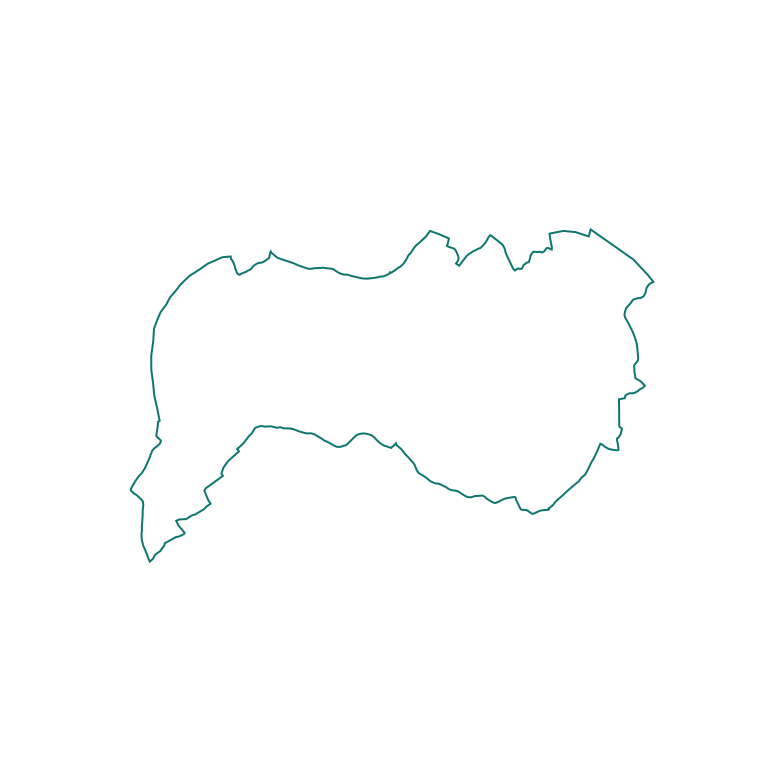 outline of Concordia, Magdalena, Colombia, rotated 335°
{"feature_id": "7082276B98698939167596", "entity_name": "Concordia", "entity_type": "district", "adm_level": 2, "iso_a3": "COL", "parent_name": "Colombia", "parent_adm1": "Magdalena", "projection": "natural_earth1", "projection_center": [-74.777, 10.231], "detail": "fine", "context": "isolated", "style": "outline", "palette": "teal", "viewbox_px": 768, "rotation_deg": 335, "n_neighbors": 0, "source": "geoboundaries", "source_scale": "gbopen_adm2", "svg_char_len": 6119}
<svg xmlns="http://www.w3.org/2000/svg" viewBox="0 0 768 768"><g transform="rotate(335 384 384)"><path d="M96.8,446.0L100.9,444.7L104.6,441.9L110.5,440.9L116.8,437.4L118.0,435.7L130.7,434.8L133.6,435.6L139.5,435.5L140.4,434.5L137.9,425.5L137.9,420.2L141.0,420.2L147.6,422.8L154.2,421.9L157.5,422.4L167.5,421.5L171.9,419.9L176.2,419.2L175.6,414.5L176.1,404.7L178.4,403.2L199.2,399.2L198.8,396.4L203.3,391.8L210.1,388.0L224.0,383.8L223.4,380.9L230.9,378.6L240.4,373.8L243.3,373.0L245.7,371.2L247.5,370.0L248.8,369.3L251.4,369.5L254.0,369.9L255.8,370.7L257.7,372.2L258.7,372.5L259.8,373.0L262.0,373.8L264.0,374.8L266.8,377.1L268.7,378.6L271.5,379.2L272.5,379.8L273.3,381.1L274.7,381.9L275.7,382.5L278.3,383.6L279.7,384.6L281.4,385.4L284.0,387.9L287.2,391.2L291.4,394.8L293.6,396.5L295.7,397.2L297.6,398.3L299.8,400.3L302.7,404.7L304.3,406.9L305.8,409.7L309.2,413.7L312.7,418.7L314.6,420.9L315.9,421.6L317.4,422.4L319.3,422.7L320.9,422.8L322.7,423.3L323.7,423.4L324.5,423.3L329.3,421.5L336.2,419.1L338.1,418.7L340.8,419.0L342.8,419.5L344.8,420.3L347.2,421.8L349.3,423.5L351.2,425.5L352.7,428.5L353.9,432.3L355.8,436.4L357.5,439.3L359.6,441.3L363.6,445.0L364.6,444.5L368.3,443.4L369.8,442.8L369.5,444.2L370.4,446.4L372.1,450.3L373.6,456.5L375.0,460.5L376.2,464.9L377.3,468.1L377.6,470.4L377.3,475.6L377.4,477.3L377.8,479.2L379.3,481.6L380.4,483.0L382.8,487.0L384.4,490.5L385.3,492.1L386.4,493.5L387.6,494.8L388.5,495.7L389.5,496.4L390.9,497.0L392.0,498.1L393.8,500.1L394.9,501.7L396.1,502.9L397.2,504.8L398.3,506.5L398.9,507.2L399.7,508.2L400.6,508.8L405.5,512.3L408.7,517.4L410.4,520.0L412.0,521.8L413.4,522.6L415.2,523.6L417.6,523.8L419.1,524.0L421.9,525.1L425.5,526.5L426.6,527.2L427.8,529.2L428.9,531.8L432.0,536.5L434.0,538.6L435.0,539.0L437.5,539.1L444.0,538.9L447.2,539.4L454.3,541.4L455.3,542.4L454.8,544.4L454.9,554.8L455.3,555.7L456.2,556.5L459.9,558.5L461.2,560.4L462.7,563.2L463.7,564.5L465.3,564.8L467.2,564.7L472.1,564.8L474.3,565.5L475.9,565.8L478.1,566.8L479.9,567.5L480.5,567.3L480.6,566.3L485.5,565.4L489.1,563.4L493.3,562.0L499.4,560.3L504.3,558.6L514.6,555.7L519.3,554.6L523.1,552.5L528.0,551.1L533.1,547.4L538.7,542.7L542.7,540.1L548.8,535.0L554.8,529.6L556.2,531.2L558.0,534.7L560.0,537.5L561.8,539.1L565.2,541.4L567.7,542.8L568.4,542.9L569.2,541.6L571.0,535.7L571.3,533.5L571.9,532.2L572.7,531.7L573.8,531.7L577.1,529.6L578.7,527.7L580.8,525.0L580.4,524.1L579.4,522.4L579.6,521.3L582.3,515.2L584.7,510.1L590.0,498.2L590.5,497.2L592.6,497.7L595.8,498.5L595.8,498.4L596.6,498.4L597.7,496.6L598.9,496.2L600.7,496.1L602.0,496.1L603.2,496.4L604.9,497.3L606.7,497.8L607.6,498.0L609.2,497.8L611.4,497.7L613.0,497.0L614.9,497.0L617.0,496.8L619.0,496.1L619.7,495.7L617.6,489.8L614.3,484.9L615.3,481.9L616.0,479.1L618.4,473.3L619.1,472.5L620.0,472.0L621.9,471.2L623.4,470.4L624.3,469.7L624.8,468.9L625.5,467.6L628.6,458.9L629.1,457.3L629.8,455.4L630.3,453.0L631.1,446.8L631.4,442.4L631.3,435.6L631.2,432.4L630.7,425.8L630.9,424.1L631.3,422.7L632.6,420.9L633.7,419.5L634.9,418.2L635.9,417.4L641.9,414.9L644.4,413.3L646.1,412.8L650.5,413.5L651.5,413.9L652.1,414.5L655.7,414.3L657.0,413.8L658.7,412.6L660.0,411.3L661.3,409.4L662.2,408.3L664.4,406.7L666.3,405.8L667.5,405.4L671.3,405.3L669.2,396.6L662.7,376.8L662.7,376.5L660.8,373.5L653.6,360.8L636.6,331.3L631.9,336.8L621.8,327.3L611.3,321.1L598.2,317.8L598.1,318.0L597.5,317.8L596.6,320.3L593.8,331.3L592.9,333.0L592.5,332.8L590.8,330.7L589.7,329.8L588.6,329.6L585.2,331.5L583.7,331.7L582.5,331.4L581.9,330.5L581.1,330.0L580.1,329.8L577.8,328.8L576.4,327.8L575.3,327.2L573.2,328.2L571.6,329.1L570.1,331.0L569.7,331.5L567.9,333.6L566.7,334.8L565.9,334.7L564.9,334.3L562.6,334.9L561.3,334.9L559.8,336.0L558.8,337.0L557.9,337.6L556.9,337.6L556.0,337.2L554.9,336.4L554.1,335.9L552.0,336.1L550.7,336.5L550.3,335.6L549.8,334.0L549.7,329.9L549.7,322.9L549.6,319.3L549.9,315.5L550.5,313.3L550.5,309.4L550.0,307.1L543.5,294.2L543.0,294.1L540.8,295.1L536.7,298.2L533.1,300.0L529.6,301.2L528.9,301.5L527.4,301.3L521.0,301.4L515.9,302.2L515.1,302.2L513.1,302.9L507.5,305.7L504.0,307.6L502.1,308.5L500.2,305.3L503.0,303.6L504.7,301.7L505.3,299.5L505.5,294.7L505.3,292.5L504.8,291.0L501.2,287.6L499.4,285.6L504.4,279.6L497.5,271.8L490.4,264.7L485.9,267.3L484.2,268.1L479.6,269.7L474.7,271.2L472.2,271.8L469.5,272.9L463.5,276.6L461.4,277.3L459.8,278.2L457.5,280.1L453.0,283.0L450.2,284.0L448.5,284.5L445.7,284.8L442.9,285.4L438.5,286.1L437.5,286.2L436.8,285.3L436.4,285.7L435.6,286.0L435.5,286.3L431.7,286.4L428.5,286.1L425.9,285.1L422.7,284.5L420.0,283.7L413.7,281.6L411.2,280.4L408.3,278.7L402.8,274.4L400.1,272.2L397.2,269.6L395.3,268.5L393.7,267.8L393.1,267.1L391.9,266.2L390.8,265.1L389.7,263.6L388.1,261.2L386.6,258.5L384.9,257.1L382.9,256.0L379.4,253.9L378.0,252.9L376.1,252.2L371.9,250.5L369.6,249.6L367.2,248.9L365.0,248.1L363.0,246.6L360.5,244.2L358.0,241.8L355.6,239.3L353.2,236.4L345.2,228.9L343.5,227.4L342.8,226.5L341.4,225.2L340.2,223.5L339.0,220.8L337.6,217.8L337.3,216.1L335.9,217.6L334.8,219.0L333.9,220.3L333.2,221.2L331.3,221.5L328.7,222.1L326.4,222.4L325.5,222.3L323.6,222.1L322.3,221.4L319.4,221.2L315.8,221.8L313.5,222.8L311.9,223.6L310.4,223.8L308.1,223.7L306.4,224.1L304.9,223.9L301.5,223.7L299.3,224.1L298.0,222.5L297.8,221.1L298.0,216.9L298.7,212.9L298.8,209.6L298.6,207.1L298.2,206.1L298.9,203.6L291.1,200.8L274.7,200.5L265.0,202.3L253.3,203.8L241.5,207.9L233.9,211.9L226.6,215.1L220.4,219.9L212.0,224.4L206.1,229.6L198.8,236.8L193.2,247.3L185.0,260.0L179.0,273.0L175.0,285.9L170.9,297.4L168.1,310.3L165.1,322.6L163.2,322.8L161.4,326.1L158.7,330.3L157.0,332.7L155.8,334.5L155.8,335.7L157.4,339.6L157.8,341.1L157.3,342.0L155.5,343.4L152.2,344.5L148.5,345.2L145.3,346.8L144.1,348.3L142.3,349.6L141.5,350.8L135.3,356.3L131.3,359.5L127.2,362.2L123.1,363.8L118.2,366.5L111.2,371.4L110.4,372.1L109.9,372.7L109.7,373.2L109.7,374.1L110.7,376.7L111.5,378.1L112.9,380.2L115.0,385.5L115.8,388.6L115.2,390.5L114.7,391.9L111.8,396.8L109.3,401.9L105.9,408.1L104.0,411.3L103.1,413.9L101.1,416.9L99.8,419.9L98.7,422.7L97.5,428.7L97.4,431.5L97.5,433.2L97.2,435.3L97.2,438.4L96.8,441.0L96.7,443.5L96.8,446.0Z" fill="none" stroke="#0f766e" stroke-width="2"/></g></svg>